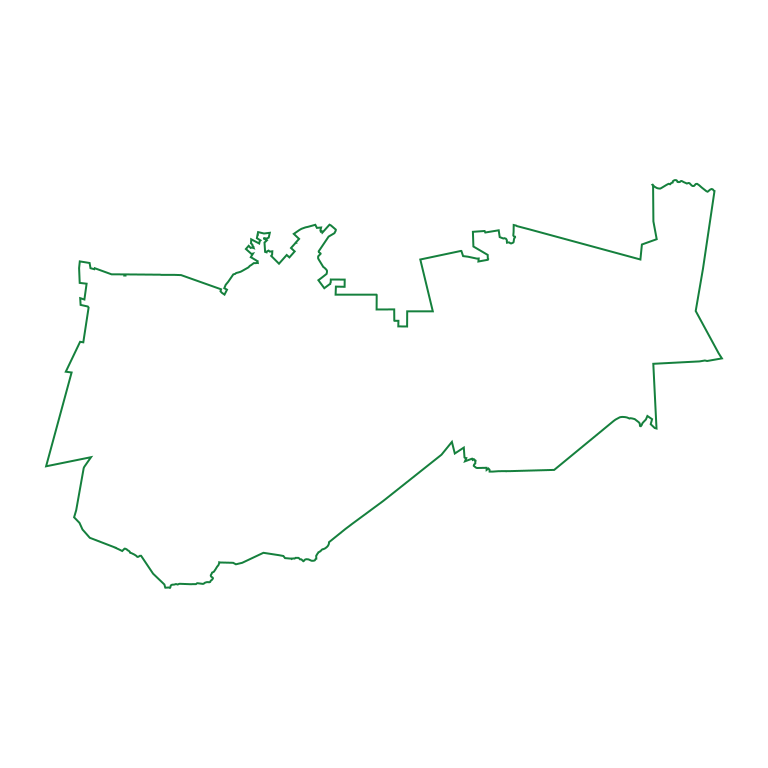 Agualeguas, Nuevo León, Mexico (Mercator projection)
{"feature_id": "50627088B6039535347696", "entity_name": "Agualeguas", "entity_type": "district", "adm_level": 2, "iso_a3": "MEX", "parent_name": "Mexico", "parent_adm1": "Nuevo León", "projection": "mercator", "projection_center": [-99.676, 26.298], "detail": "fine", "context": "isolated", "style": "outline", "palette": "green", "viewbox_px": 768, "rotation_deg": 0, "n_neighbors": 0, "source": "geoboundaries", "source_scale": "gbopen_adm2", "svg_char_len": 6065}
<svg xmlns="http://www.w3.org/2000/svg" viewBox="0 0 768 768"><path d="M714.5,191.0L713.8,190.7L713.0,189.6L711.8,189.0L710.8,189.3L709.9,189.8L708.2,191.3L707.6,191.7L706.4,191.2L701.7,187.5L699.1,185.2L697.2,183.9L696.7,183.9L695.9,184.0L695.5,184.3L694.2,185.8L693.5,186.0L692.7,186.0L691.7,185.5L689.5,183.2L688.5,183.0L686.9,183.5L686.5,183.4L686.0,183.1L683.9,182.2L682.1,181.2L681.5,181.0L680.9,181.1L680.3,181.5L679.8,182.0L678.7,182.1L678.4,181.9L677.8,182.0L677.5,181.9L676.9,180.7L676.5,180.3L675.7,180.1L674.5,180.2L673.4,180.8L672.8,181.4L672.7,182.5L671.2,183.1L670.8,183.4L670.3,184.2L670.1,184.3L669.1,183.9L668.7,183.8L668.2,184.0L666.5,184.9L661.2,188.1L660.1,188.6L658.1,188.4L656.8,188.0L654.2,186.5L652.7,184.7L652.5,184.8L652.9,185.2L652.8,185.4L653.0,186.0L653.0,186.3L653.2,186.9L653.1,187.1L653.4,221.4L656.7,239.2L641.9,244.5L640.4,259.5L528.8,229.2L516.9,226.1L516.2,225.6L513.7,225.0L513.6,231.9L513.3,235.4L513.5,235.8L513.9,236.3L514.3,236.6L515.0,236.7L515.1,237.1L514.1,238.7L513.9,239.9L513.6,242.0L513.4,242.4L512.8,242.8L511.3,243.4L510.4,243.3L509.3,242.5L508.6,242.4L507.0,242.7L506.8,241.1L506.9,240.5L506.5,239.5L505.9,238.7L504.4,238.2L503.3,238.5L499.7,237.1L498.7,230.3L485.3,232.5L484.6,231.0L472.9,231.8L473.4,246.5L487.7,254.9L487.8,258.4L488.2,259.0L487.8,259.8L478.4,261.5L478.7,258.5L476.9,258.6L467.9,256.7L463.1,256.1L461.4,251.0L461.1,250.9L420.3,259.5L432.8,311.3L407.2,311.3L407.1,326.5L398.3,326.4L398.4,320.8L394.4,320.8L394.3,320.7L394.2,309.4L376.6,309.5L376.7,295.0L376.5,294.7L335.6,294.7L335.9,286.6L344.6,286.8L344.7,279.6L330.8,279.5L330.7,282.4L330.4,282.8L330.2,284.0L329.5,284.3L324.3,288.2L318.4,280.2L321.1,278.2L326.6,273.9L326.9,272.5L327.0,271.2L326.9,270.5L326.2,269.5L324.4,267.7L323.3,267.0L318.6,259.3L318.1,258.1L318.2,256.3L320.6,253.8L320.6,253.5L320.4,253.3L318.9,252.2L318.7,251.3L328.6,236.6L334.4,233.2L335.7,230.7L335.8,229.6L330.9,225.4L329.5,224.7L322.3,232.7L321.7,231.2L320.8,231.6L320.4,230.4L321.1,227.5L316.9,227.9L315.3,224.8L308.1,226.8L305.4,227.4L301.5,228.8L299.4,230.0L293.8,233.9L299.1,238.9L295.8,242.5L296.1,242.9L295.4,243.1L291.0,248.0L294.7,251.4L289.4,257.4L286.7,255.0L279.0,263.7L271.2,255.9L272.1,254.8L272.3,251.3L269.7,251.6L268.6,250.6L267.1,251.3L266.7,252.0L266.6,252.3L266.2,252.1L265.7,252.1L265.1,251.9L264.5,242.5L265.8,241.4L266.9,240.3L264.0,238.7L264.0,238.3L264.2,238.1L266.6,238.6L268.7,237.6L269.8,232.8L264.0,233.5L258.1,232.1L257.6,234.4L257.9,234.7L257.9,235.0L257.4,235.4L256.9,238.2L260.5,240.4L259.7,241.2L259.2,243.5L251.2,239.3L251.1,242.6L250.9,243.2L252.4,244.7L252.4,245.3L252.5,245.6L253.6,247.1L253.5,247.6L253.7,248.1L252.8,247.8L251.7,247.6L250.6,247.9L248.7,245.8L245.9,249.0L251.4,253.9L251.7,254.1L252.2,253.8L253.0,253.6L250.8,257.2L252.4,258.1L257.0,260.9L257.1,261.2L257.6,261.2L257.8,263.0L257.0,262.9L256.1,263.1L253.8,263.1L251.3,265.0L249.9,265.8L248.4,267.4L241.7,271.2L240.5,271.8L238.2,272.5L236.2,273.0L235.1,273.9L233.3,274.4L228.2,281.8L225.7,284.8L224.3,288.2L227.0,289.7L224.5,294.6L221.9,292.8L220.5,291.3L221.1,289.3L181.1,275.1L175.2,274.9L161.6,274.9L160.1,274.7L125.5,274.4L125.5,275.5L124.3,275.5L124.4,274.4L111.5,274.3L94.7,268.2L94.3,269.2L90.5,268.2L89.6,263.0L79.8,261.4L79.1,268.1L79.7,282.9L86.6,283.7L84.4,299.5L80.2,298.2L80.6,304.9L87.8,306.5L88.6,307.6L83.3,342.3L80.1,341.8L65.8,371.7L71.6,372.5L46.1,466.3L91.0,457.2L84.3,466.8L83.7,468.1L76.2,510.2L74.1,517.3L79.5,522.9L82.5,529.5L89.8,537.8L115.3,547.6L115.2,547.7L118.5,549.2L122.2,551.0L124.5,548.7L125.0,548.7L125.6,548.8L126.9,549.5L127.5,550.2L128.7,550.8L129.5,551.5L129.8,551.8L129.9,552.4L130.2,552.8L131.4,553.1L134.4,554.6L136.4,555.9L136.9,556.5L137.4,556.9L137.9,556.9L138.5,556.7L139.9,555.8L141.1,555.8L153.1,573.7L164.4,584.5L165.2,587.5L165.3,587.7L168.9,587.5L169.9,587.9L170.2,587.5L170.5,586.9L170.6,586.0L171.0,585.3L172.1,584.7L174.0,584.6L174.9,584.4L175.6,584.1L176.3,584.1L177.6,584.5L178.0,584.4L179.1,583.9L179.8,583.8L190.1,584.2L196.0,584.1L197.0,583.3L197.5,583.2L202.9,583.9L203.7,583.7L204.8,582.8L206.5,582.2L208.1,582.1L209.0,582.3L209.8,582.1L210.2,581.9L210.5,581.1L211.3,580.2L212.0,579.8L212.2,579.4L212.5,579.1L212.9,578.5L212.9,578.1L212.6,577.6L211.2,576.6L210.8,575.8L210.8,575.2L211.5,574.0L212.1,572.6L213.4,572.0L214.0,571.6L214.8,570.3L215.3,569.7L216.0,568.5L217.3,566.4L218.1,565.6L218.6,564.8L218.7,564.3L219.2,563.3L219.2,562.3L220.5,562.5L233.1,562.8L235.9,564.3L242.2,562.8L263.4,552.8L279.1,555.2L283.4,556.0L285.0,558.1L290.7,558.6L291.2,558.5L291.7,559.0L292.4,558.6L293.1,558.4L294.4,558.6L295.1,558.3L295.4,557.9L298.4,557.9L299.2,558.4L300.0,559.3L301.1,559.3L301.5,559.5L303.3,561.2L303.9,560.9L304.4,560.2L304.9,559.7L305.6,559.4L306.5,559.2L308.5,559.4L311.4,560.7L312.0,560.8L313.8,560.7L314.7,560.4L315.2,559.8L315.6,559.0L315.9,558.8L316.3,558.7L316.2,556.2L316.3,555.5L316.7,555.1L317.0,554.5L317.6,553.5L318.1,553.0L318.4,552.3L319.9,551.6L320.2,551.2L321.0,550.7L321.7,549.8L322.3,549.4L322.8,549.2L323.3,549.2L324.4,548.7L325.4,548.2L327.1,546.8L328.1,545.6L328.7,544.3L328.9,543.7L329.0,542.2L345.5,528.9L351.7,524.2L383.3,500.9L441.5,454.7L451.9,441.9L454.8,453.5L463.8,447.6L464.5,457.5L464.8,457.8L466.3,458.1L465.0,461.3L472.0,458.7L472.7,460.0L472.9,459.9L473.2,459.1L474.1,459.3L474.7,460.2L475.4,460.4L475.6,460.7L475.6,461.0L475.2,461.5L475.3,462.4L475.3,463.4L474.2,464.5L473.8,465.4L473.8,465.9L476.1,467.7L477.0,468.0L486.5,467.8L486.6,469.9L488.4,468.5L489.5,469.7L489.6,471.6L492.7,471.6L498.5,471.2L505.7,471.1L506.1,471.3L506.5,471.1L510.9,471.1L554.2,469.9L613.6,421.0L615.5,419.6L619.4,417.5L620.1,417.2L622.3,416.9L625.1,417.1L627.1,417.5L629.4,418.5L629.7,418.5L629.9,418.3L630.6,418.2L632.4,418.5L634.7,419.1L638.7,422.2L639.7,423.4L640.0,425.9L640.2,426.1L640.7,426.2L640.8,426.2L641.6,425.2L642.4,423.3L643.2,422.3L645.9,419.5L647.4,416.0L652.1,419.2L650.7,424.2L654.7,428.0L656.5,428.5L653.3,363.8L699.6,361.4L704.9,360.5L707.1,361.0L721.9,358.4L718.7,353.4L695.7,311.0L703.0,268.6L714.5,191.0Z" fill="none" stroke="#15803d" stroke-width="2"/></svg>